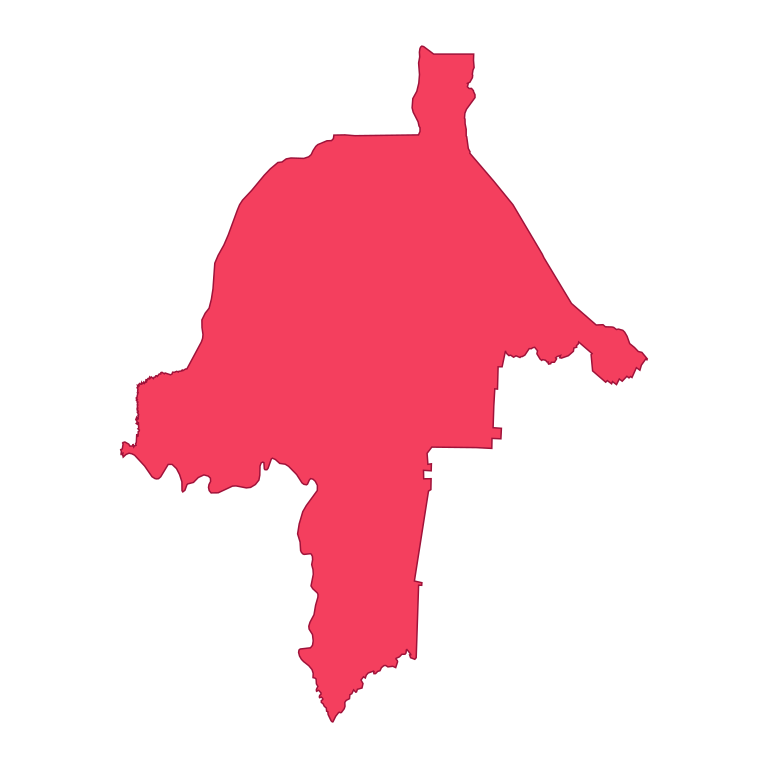 outline of San Francisco, Petén, Guatemala
{"feature_id": "79465075B83427933273433", "entity_name": "San Francisco", "entity_type": "district", "adm_level": 2, "iso_a3": "GTM", "parent_name": "Guatemala", "parent_adm1": "Petén", "projection": "equal_earth", "projection_center": [-89.989, 16.624], "detail": "fine", "context": "isolated", "style": "filled", "palette": "rose", "viewbox_px": 768, "rotation_deg": 0, "n_neighbors": 0, "source": "geoboundaries", "source_scale": "gbopen_adm2", "svg_char_len": 6103}
<svg xmlns="http://www.w3.org/2000/svg" viewBox="0 0 768 768"><path d="M647.3,358.9L641.9,352.4L638.3,351.5L634.5,347.5L629.7,343.6L627.1,336.3L624.7,332.2L622.8,330.3L618.5,329.1L616.4,329.5L613.7,327.4L612.0,327.0L605.4,326.8L603.0,324.7L596.2,325.0L571.5,303.5L544.0,257.9L542.2,254.1L513.0,204.8L493.7,181.1L469.8,153.2L470.0,151.7L468.3,148.5L466.7,136.7L466.2,136.0L466.2,129.3L465.1,123.7L465.0,119.0L464.5,118.3L464.9,113.2L466.5,109.2L475.0,97.6L475.0,94.7L473.6,91.8L473.4,90.6L471.5,88.4L469.1,88.5L467.4,86.8L468.2,83.8L467.5,83.3L469.9,82.2L472.4,77.7L472.7,75.2L472.3,74.3L473.0,70.0L474.1,67.6L473.5,60.3L473.7,54.1L433.7,54.1L423.7,46.6L421.8,46.1L420.6,47.1L419.9,48.8L419.4,52.2L419.7,56.9L418.6,63.0L419.5,74.6L418.8,83.1L416.8,91.3L412.8,98.6L412.1,107.8L413.2,112.2L418.1,121.8L419.0,126.0L420.0,127.7L420.0,131.5L418.5,134.9L354.9,135.7L344.9,134.9L333.9,135.1L333.4,138.6L331.5,140.6L326.9,140.8L317.8,144.6L315.8,146.4L313.1,150.5L311.2,154.6L308.7,156.8L303.9,158.4L290.9,158.0L286.2,158.9L282.0,162.0L277.9,162.5L270.4,168.8L264.2,175.3L251.7,190.4L242.5,200.2L239.6,204.7L237.4,210.0L228.3,234.8L223.9,245.0L218.1,255.4L214.8,263.2L213.0,288.8L211.4,299.1L209.1,308.2L205.2,313.2L201.9,319.9L202.0,327.6L203.0,334.6L202.6,338.4L201.4,341.9L186.9,368.9L185.5,369.0L182.8,370.7L182.2,370.0L181.1,371.1L178.9,371.3L178.4,372.0L176.7,371.3L174.4,372.3L172.6,372.2L172.1,373.9L170.6,374.8L165.1,373.0L164.3,373.8L162.0,372.3L160.9,372.6L160.8,373.9L159.2,374.0L157.3,376.4L156.6,375.7L155.7,375.9L155.4,377.0L154.1,377.2L153.4,378.6L151.2,376.9L150.2,378.2L149.6,377.2L149.0,379.0L148.1,378.5L146.9,379.8L146.0,379.7L145.9,380.3L146.8,380.8L145.9,381.3L146.4,382.0L145.8,382.4L145.2,382.0L144.6,383.0L143.8,382.3L143.8,383.4L143.0,382.9L142.2,383.7L141.7,382.8L141.6,384.2L140.5,384.2L139.9,383.4L138.5,384.6L139.1,385.6L138.7,386.4L137.6,385.7L137.9,386.7L137.2,387.4L137.7,387.8L137.4,388.6L138.0,389.2L137.6,391.1L138.1,392.6L137.4,392.9L137.8,393.6L137.1,396.3L137.3,396.9L136.2,398.0L136.9,398.6L136.6,399.4L137.1,399.6L136.4,400.2L137.2,401.0L137.1,402.0L137.8,402.1L137.3,404.5L137.9,405.0L137.3,405.8L137.8,408.1L137.7,408.6L137.1,408.4L137.1,409.5L137.6,410.1L137.3,410.8L138.1,411.0L138.3,411.9L137.4,412.5L138.6,414.3L137.9,415.2L138.5,415.8L138.1,417.5L138.3,418.8L137.5,419.4L137.6,417.9L136.8,417.0L135.8,419.5L137.4,422.1L136.2,423.5L137.3,424.2L137.8,422.5L138.4,422.7L138.7,428.1L137.9,428.8L139.4,430.1L139.0,431.2L138.2,431.6L138.1,436.0L137.6,436.3L137.4,434.6L136.7,434.7L136.3,442.6L135.6,443.5L136.0,445.4L134.6,445.8L133.8,446.9L133.4,444.6L132.8,444.7L132.7,446.0L130.4,446.1L129.8,446.0L128.7,444.1L124.9,442.0L123.0,442.5L122.6,443.0L123.1,443.9L122.3,448.9L120.7,449.6L121.6,452.4L121.1,452.9L121.1,454.2L122.9,453.4L122.4,455.1L123.6,455.9L123.0,456.2L123.2,457.1L126.0,454.5L129.0,453.2L131.9,453.8L134.6,455.2L144.6,466.0L152.0,476.7L154.8,478.5L156.5,478.9L158.5,478.7L160.7,476.8L168.2,464.4L172.1,464.4L176.5,468.6L179.6,474.6L181.9,481.8L182.0,490.7L182.8,491.9L184.9,490.3L187.0,484.6L187.8,483.9L193.5,482.4L198.3,477.5L203.9,474.9L208.3,476.1L210.4,478.1L210.6,481.4L209.0,484.5L208.5,487.4L209.2,490.6L211.1,492.9L218.2,492.8L232.5,486.1L236.0,485.9L246.3,487.9L250.6,487.4L255.4,484.5L258.9,480.1L259.8,475.2L260.0,466.1L261.1,463.0L262.7,462.1L263.9,462.6L264.3,468.8L265.0,469.7L266.9,469.7L268.1,468.2L271.3,459.0L272.4,458.2L275.4,459.5L279.7,463.4L285.2,464.2L288.6,466.3L296.7,474.6L302.0,482.9L303.9,484.3L306.5,484.8L307.5,484.1L309.4,479.9L310.7,478.6L313.0,479.2L315.3,481.3L317.4,485.4L317.3,490.5L306.4,505.4L302.8,511.6L299.2,523.9L297.6,533.9L300.1,542.1L300.6,550.5L301.4,552.3L302.7,553.8L304.1,554.4L310.3,553.7L311.3,554.2L312.4,556.4L312.6,559.8L311.7,564.6L313.0,569.6L313.3,574.3L311.0,585.9L312.8,588.8L317.3,592.9L318.0,594.5L317.9,597.2L315.6,605.2L314.0,614.7L310.0,622.2L308.8,626.2L309.1,629.1L312.5,634.6L313.2,640.9L312.5,645.3L310.5,647.8L300.2,649.0L299.0,650.0L298.6,652.4L299.5,656.0L301.4,659.3L303.6,661.6L308.8,665.7L312.0,669.6L313.2,673.3L313.0,677.6L315.0,678.1L316.1,679.1L316.4,683.9L317.9,686.4L316.4,689.4L316.4,690.9L316.7,691.3L318.2,690.3L318.9,690.5L321.0,692.9L320.9,694.5L319.7,695.3L319.3,697.0L319.7,697.7L321.4,697.1L322.7,698.4L322.8,699.5L321.3,700.6L321.3,702.4L323.1,703.8L324.3,706.3L326.3,708.0L326.6,711.2L327.8,711.6L328.1,714.5L331.1,720.8L332.3,721.9L333.0,721.8L335.7,716.3L338.5,712.7L339.2,712.2L340.3,712.7L341.4,712.5L344.2,708.8L345.0,706.3L344.8,702.4L346.2,700.4L349.5,698.7L349.9,694.7L351.8,693.7L353.6,689.9L355.8,692.2L356.5,691.9L357.4,689.3L362.0,688.0L363.0,683.6L361.0,680.0L363.5,676.8L365.3,678.0L366.3,675.1L368.2,673.0L373.5,671.1L374.0,671.5L373.7,672.7L374.0,673.7L375.6,673.6L377.7,671.4L380.0,670.7L381.4,667.7L383.9,665.6L385.8,665.5L387.9,666.9L392.8,666.3L395.7,667.6L397.6,661.8L397.3,660.5L396.1,659.3L396.0,658.4L399.5,656.8L401.8,654.3L405.0,654.2L406.0,653.0L406.4,649.8L406.9,649.5L410.7,654.2L410.8,654.7L409.6,654.9L410.6,657.7L414.8,659.3L416.2,657.7L418.6,585.2L421.7,585.3L421.9,582.7L414.4,581.0L428.5,491.1L430.9,489.6L431.1,478.7L423.7,478.8L423.5,470.3L431.2,470.8L431.4,463.8L427.9,464.3L427.1,453.3L431.8,447.1L476.2,447.6L491.8,448.4L492.0,438.4L500.9,438.8L501.4,428.3L493.1,427.7L493.8,406.2L494.8,388.8L497.5,389.1L498.1,366.8L502.1,366.8L505.5,350.8L505.8,352.1L507.1,354.0L508.9,355.6L510.7,355.2L513.6,357.2L516.0,355.8L520.0,357.5L521.0,356.6L522.2,356.6L524.9,355.1L529.2,348.6L531.3,348.7L532.7,347.7L534.7,347.3L537.5,350.8L536.9,353.8L540.1,359.1L541.7,360.4L542.7,359.6L545.6,360.3L546.9,361.9L548.3,362.1L548.0,362.9L548.6,364.1L550.7,363.7L551.3,362.3L554.5,362.2L556.6,358.9L555.6,357.9L557.0,356.6L560.6,355.4L559.7,357.7L561.5,358.1L568.4,355.7L573.4,351.3L573.9,348.0L576.7,347.2L576.5,345.6L578.3,343.9L578.7,342.0L592.1,353.6L591.1,354.6L592.6,370.9L605.7,382.2L607.3,380.6L611.6,383.8L612.5,381.6L616.5,384.6L619.3,379.0L622.2,381.2L626.9,376.3L629.0,377.9L630.7,376.5L632.0,377.5L636.4,367.7L639.9,370.2L641.4,365.1L645.9,358.8L646.9,359.8L647.3,358.9Z" fill="#f43f5e" stroke="#9f1239" stroke-width="1.5"/></svg>